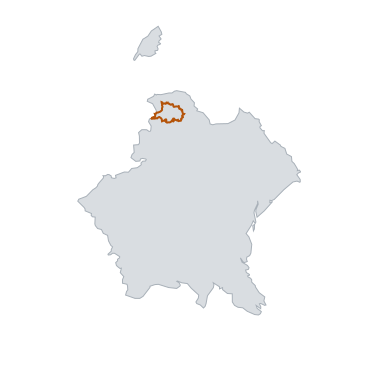 location of Alpes-de-Haute-Provence within France, rotated 212°
{"feature_id": "FRA-5265", "entity_name": "Alpes-de-Haute-Provence", "entity_type": "Metropolitan department", "adm_level": 1, "iso_a3": "FRA", "parent_name": "France", "parent_adm1": "", "projection": "orthographic", "projection_center": [6.23, 44.166], "detail": "fine", "context": "in_parent", "style": "outline", "palette": "amber", "viewbox_px": 384, "rotation_deg": 212, "n_neighbors": 0, "source": "natural_earth", "source_scale": "10m", "svg_char_len": 6000}
<svg xmlns="http://www.w3.org/2000/svg" viewBox="0 0 384 384"><g transform="rotate(212 192 192)"><path d="M276.1,158.7L274.0,159.9L272.8,162.2L271.5,162.8L269.1,162.8L267.9,161.4L265.1,162.3L263.9,163.8L265.7,165.6L260.0,173.1L256.4,175.1L255.6,180.0L251.3,183.6L249.7,187.5L249.5,188.3L250.6,189.5L250.1,192.0L247.9,193.6L247.9,195.2L248.6,195.5L251.9,194.2L253.2,192.7L252.6,190.7L255.9,188.2L262.0,188.8L262.7,192.1L262.0,194.9L266.4,200.9L262.6,203.7L262.4,205.6L266.3,211.6L268.8,214.1L267.6,218.2L263.4,220.8L260.7,220.6L259.6,221.3L259.7,222.6L261.6,226.3L266.1,228.6L266.8,231.4L265.6,232.4L263.5,236.6L264.4,238.7L264.1,239.6L264.6,241.0L265.8,242.4L272.2,246.0L278.0,245.2L278.7,247.2L275.3,252.8L275.5,255.3L273.7,255.3L273.4,256.2L269.9,258.1L264.1,263.7L261.4,265.4L260.3,268.2L258.7,269.8L250.4,273.0L248.8,272.3L244.7,272.3L242.2,270.3L237.3,269.0L235.8,266.0L231.2,265.4L231.0,263.4L224.6,265.1L215.7,262.3L212.7,259.3L210.0,260.0L207.7,262.5L197.8,269.0L193.7,275.8L194.1,284.0L196.2,288.2L190.3,287.3L186.7,288.3L185.7,290.0L177.4,287.6L174.2,289.1L173.3,289.0L172.3,287.2L168.3,285.0L169.0,283.7L168.5,282.5L164.7,281.3L163.3,282.4L162.0,279.9L151.4,275.5L149.7,275.5L148.7,279.1L141.8,278.6L140.8,277.8L136.3,278.2L131.8,274.4L126.4,274.7L123.5,270.9L120.4,270.3L116.1,268.1L114.2,267.0L114.0,265.9L112.6,267.4L111.0,266.9L110.6,266.4L111.9,264.5L112.3,262.2L107.0,260.0L105.7,258.2L105.7,257.4L108.7,256.9L111.7,254.0L115.3,242.7L118.3,229.3L119.9,226.9L121.6,226.3L120.4,224.3L118.6,226.6L120.7,214.3L123.5,205.1L127.6,209.3L128.5,211.1L129.4,216.8L131.7,219.3L130.2,216.9L129.3,209.4L128.4,207.2L121.9,200.4L121.8,198.9L124.8,200.0L124.0,195.2L124.1,185.4L120.0,184.1L113.6,179.3L109.7,171.4L109.4,168.6L111.0,165.8L110.1,163.8L108.3,162.3L110.1,160.0L111.5,159.8L116.1,161.8L112.4,159.0L106.0,159.1L103.5,158.0L103.2,156.2L105.2,154.2L103.2,152.5L99.6,152.5L99.2,151.8L100.4,150.3L99.6,149.7L96.6,149.9L94.9,149.2L93.6,147.2L88.8,146.2L87.9,145.1L81.6,142.2L74.7,141.6L73.3,137.7L69.4,135.4L70.3,134.4L74.7,133.9L75.6,132.9L72.8,131.1L71.9,129.4L77.5,129.8L75.2,127.9L69.8,127.3L69.5,125.0L70.5,122.9L73.9,121.3L81.9,120.1L87.6,120.7L91.9,118.6L95.9,118.4L99.5,120.1L103.9,127.0L108.2,124.7L114.3,125.4L115.4,127.1L117.3,124.4L118.5,126.2L125.9,126.3L124.3,125.0L123.2,122.2L123.9,112.2L120.9,104.7L120.3,101.9L120.8,99.7L125.1,100.6L128.8,99.9L130.4,100.8L130.4,105.4L131.7,108.2L141.7,110.0L147.4,111.9L152.5,109.6L157.2,108.8L157.6,108.2L154.9,108.2L152.6,106.9L152.4,105.7L153.9,102.1L161.2,98.6L171.6,95.9L174.4,93.8L177.7,89.8L177.1,88.8L178.2,77.6L179.9,74.1L183.9,71.6L193.7,69.4L194.8,73.0L194.6,75.0L197.0,78.3L198.3,79.3L202.6,77.8L204.5,80.8L205.0,84.1L210.1,85.6L211.5,90.0L212.5,89.0L215.7,89.3L217.2,89.7L219.3,91.7L218.6,94.2L219.5,95.5L218.5,97.8L219.1,98.9L225.1,99.0L226.9,98.0L227.8,95.6L229.6,94.2L230.3,94.7L229.1,99.1L229.9,100.2L230.3,103.4L232.5,103.7L236.9,106.3L240.6,110.5L245.3,109.9L248.9,112.2L252.7,111.0L256.2,112.3L257.5,113.5L260.8,119.4L263.4,118.2L265.2,118.8L265.8,120.5L272.6,119.4L273.9,121.1L275.3,121.7L284.0,123.7L284.2,125.9L279.3,132.3L277.3,141.3L275.8,144.5L275.3,146.8L275.8,148.4L275.6,150.8L274.6,156.7L275.2,158.3L276.1,158.7ZM312.7,278.5L312.3,282.3L313.8,284.9L314.6,295.5L312.0,300.8L311.8,307.0L308.5,314.6L302.9,311.5L301.1,309.7L302.6,306.8L299.3,305.4L300.0,302.6L299.6,301.2L297.4,301.2L297.3,300.4L298.8,298.3L298.8,297.0L296.6,295.4L296.2,293.9L298.2,292.2L297.2,290.7L296.1,290.4L298.7,285.5L300.5,284.0L304.7,282.5L306.4,280.6L309.2,281.5L309.7,281.0L310.3,273.3L311.3,273.1L312.2,274.1L312.7,278.5ZM122.6,195.6L121.8,197.8L119.5,193.7L119.3,191.6L122.6,195.6Z" fill="#d9dde1" stroke="#a8b0b8" stroke-width="1"/><path d="M265.2,232.9L265.1,233.2L265.3,233.7L265.1,233.9L264.5,235.0L263.6,235.7L263.4,236.0L263.4,236.8L263.8,237.5L264.4,238.1L264.9,238.5L264.3,238.8L264.1,239.1L264.0,239.8L264.0,240.0L264.0,240.4L264.1,240.5L263.8,240.9L263.1,241.2L262.8,241.5L262.2,242.4L261.8,242.9L261.5,243.3L261.0,244.8L260.9,245.7L261.3,246.4L261.8,247.0L262.0,247.7L262.1,248.6L262.5,249.0L263.2,249.4L263.9,250.6L264.9,251.5L265.4,252.1L264.8,252.2L264.5,252.2L263.6,251.7L263.4,251.7L263.0,251.7L262.8,251.9L262.4,252.4L262.1,252.6L261.3,252.7L261.2,252.8L261.0,253.0L260.9,253.2L260.9,253.5L261.1,254.1L261.1,254.3L260.9,254.5L260.5,254.6L260.1,254.7L259.9,254.9L259.5,254.4L259.1,254.5L258.7,254.7L258.3,254.8L258.2,254.8L258.0,254.6L257.8,254.5L257.7,254.5L257.3,254.7L257.0,254.8L256.4,254.7L256.1,254.8L255.8,255.1L255.6,255.7L255.3,256.1L254.7,256.2L254.2,255.9L253.1,254.8L252.7,254.6L252.2,254.8L250.8,256.2L249.6,256.7L249.2,257.2L248.9,257.8L248.5,257.8L248.1,257.0L247.8,256.7L247.6,256.5L247.2,256.0L247.0,255.9L246.6,255.9L246.5,256.1L246.4,256.3L246.1,256.5L245.6,256.5L244.2,255.7L243.9,256.2L243.8,256.3L242.1,254.3L241.2,253.7L240.0,254.1L240.0,253.6L240.7,252.3L240.8,251.9L240.8,251.5L240.6,251.1L240.3,251.0L239.7,251.0L239.5,250.9L239.3,250.6L239.4,250.3L239.9,249.0L240.0,248.6L240.0,248.3L239.9,248.0L239.6,247.8L239.4,247.8L239.3,246.4L239.9,246.1L240.4,245.6L240.7,245.2L240.9,245.0L241.1,245.0L241.6,245.0L241.8,245.2L241.8,245.3L241.9,245.5L242.0,245.6L242.2,245.8L242.3,245.7L242.3,245.0L242.5,244.7L243.0,244.8L244.8,244.2L245.2,244.3L245.9,244.7L246.3,244.7L246.5,244.5L246.3,244.2L245.6,243.3L245.2,242.9L245.1,242.6L245.3,242.0L245.9,242.1L246.8,242.8L246.8,242.2L246.9,241.8L246.8,241.7L246.6,241.6L246.6,241.3L246.7,241.0L246.8,240.8L247.0,240.6L247.2,240.4L247.5,239.6L247.7,239.3L248.0,239.1L248.6,238.8L248.9,238.6L249.7,237.8L250.0,237.6L250.3,237.6L250.5,237.6L250.8,237.6L250.8,237.9L251.2,238.4L251.3,238.6L251.6,238.8L252.2,239.7L252.6,239.8L253.0,239.4L253.2,238.9L253.2,238.3L253.0,237.8L253.7,237.5L254.2,237.1L254.9,236.1L256.1,237.5L256.8,238.0L257.6,238.2L259.4,238.3L259.7,238.1L260.0,237.4L260.4,236.8L260.5,236.6L260.5,236.0L260.6,235.9L261.2,235.8L262.6,234.4L264.0,233.6L264.6,233.0L264.8,232.8L265.2,232.9Z" fill="none" stroke="#b45309" stroke-width="2"/></g></svg>